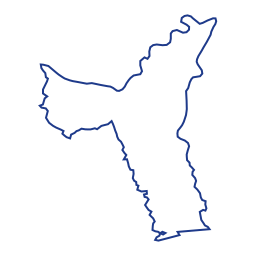 the district of Formosa do Oeste, Paraná, Brazil
{"feature_id": "56859067B90893181412496", "entity_name": "Formosa do Oeste", "entity_type": "district", "adm_level": 2, "iso_a3": "BRA", "parent_name": "Brazil", "parent_adm1": "Paraná", "projection": "albers", "projection_center": [-53.335, -24.297], "detail": "fine", "context": "isolated", "style": "outline", "palette": "blue", "viewbox_px": 256, "rotation_deg": 0, "n_neighbors": 0, "source": "geoboundaries", "source_scale": "gbopen_adm2", "svg_char_len": 2652}
<svg xmlns="http://www.w3.org/2000/svg" viewBox="0 0 256 256"><path d="M40.8,64.5L41.4,68.1L43.1,70.6L45.3,73.1L45.9,77.2L47.9,78.6L47.0,81.4L43.0,89.5L43.0,93.5L47.2,96.4L44.7,98.4L43.7,101.7L42.9,104.5L39.8,105.7L41.5,107.6L45.8,108.4L47.8,111.0L46.0,117.8L49.1,122.8L53.0,125.8L56.2,127.6L60.8,129.6L63.5,131.0L62.4,133.7L64.4,135.5L66.6,137.2L70.1,138.4L71.1,134.6L74.6,132.9L76.5,131.1L78.7,130.4L81.5,128.7L85.1,129.3L87.4,129.4L90.6,129.4L94.9,128.3L97.1,129.2L101.4,125.9L104.0,125.2L108.0,124.2L111.6,121.1L113.0,124.1L114.2,127.3L115.2,130.5L116.6,133.9L117.2,136.7L118.5,139.5L121.0,141.7L122.5,144.5L123.8,147.2L122.4,150.0L124.4,152.9L126.3,155.0L123.8,159.4L127.0,159.3L128.1,163.0L128.8,166.4L130.4,169.7L133.3,170.2L133.6,173.9L132.8,178.1L134.1,180.7L136.2,182.0L136.4,184.9L138.4,185.7L137.3,189.7L141.4,191.5L146.7,191.0L146.9,193.8L144.0,194.5L144.6,196.9L146.9,197.4L148.6,199.4L145.1,205.0L146.5,207.1L148.6,210.0L151.4,211.6L149.6,214.9L153.2,218.4L154.7,221.5L153.2,223.4L152.8,225.8L152.5,230.0L155.3,231.3L158.1,231.8L160.2,233.2L159.4,235.7L156.6,237.3L155.2,239.9L158.4,240.6L179.5,235.1L177.6,231.9L209.5,229.2L207.8,226.9L204.9,225.4L203.6,223.3L201.3,219.9L200.5,215.6L199.8,211.9L203.1,209.9L205.4,210.6L206.4,208.3L205.3,204.5L205.6,201.2L202.2,200.0L200.8,197.4L200.0,193.2L197.3,189.5L194.5,186.8L195.1,183.9L196.1,180.9L195.1,178.1L192.3,174.9L192.6,171.8L194.0,169.9L191.7,167.3L189.8,165.5L189.5,162.6L187.1,160.2L186.8,156.9L186.7,154.5L187.7,150.7L189.1,146.2L188.0,143.0L184.8,140.5L180.5,138.8L177.7,136.7L177.4,133.4L177.9,130.6L180.4,127.5L182.1,125.2L183.8,121.8L184.8,118.8L186.0,115.1L186.5,111.6L186.8,109.1L186.6,100.6L186.1,91.1L188.2,88.1L189.8,82.3L191.4,79.1L193.1,77.3L195.9,76.9L200.1,76.2L202.3,73.6L201.8,70.3L197.7,64.3L196.7,61.8L197.0,59.4L198.4,56.1L201.8,50.5L203.4,47.6L206.8,41.9L210.6,34.8L211.3,31.7L213.5,26.9L215.3,24.1L216.2,21.2L215.5,18.4L213.1,18.3L207.5,20.5L202.7,22.9L199.7,23.8L193.0,18.4L190.9,16.4L187.5,15.4L184.5,16.0L181.8,17.9L181.1,21.8L186.6,24.7L189.1,26.8L189.0,29.7L186.5,32.2L183.0,32.7L176.9,30.0L172.6,31.1L170.8,33.5L170.8,38.8L170.1,42.3L166.7,44.9L162.6,45.2L156.7,44.5L153.2,45.1L150.3,47.3L149.3,51.5L149.5,56.0L147.5,58.8L144.5,57.4L140.3,61.0L140.3,65.4L142.0,71.2L140.3,74.2L136.6,74.9L133.6,75.5L130.6,77.9L128.8,80.0L126.5,83.3L124.8,86.6L122.5,89.3L119.1,90.9L116.9,90.7L113.0,87.9L110.4,86.6L107.5,86.2L100.9,85.0L91.8,83.1L86.8,83.7L77.8,82.0L72.7,81.1L69.7,80.3L64.7,78.5L62.4,77.1L58.7,74.6L56.2,72.6L48.4,66.0L43.2,64.7L40.8,64.5ZM160.2,233.2L162.4,231.8L165.4,233.0L163.1,234.5L160.2,233.2Z" fill="none" stroke="#1e3a8a" stroke-width="2"/></svg>